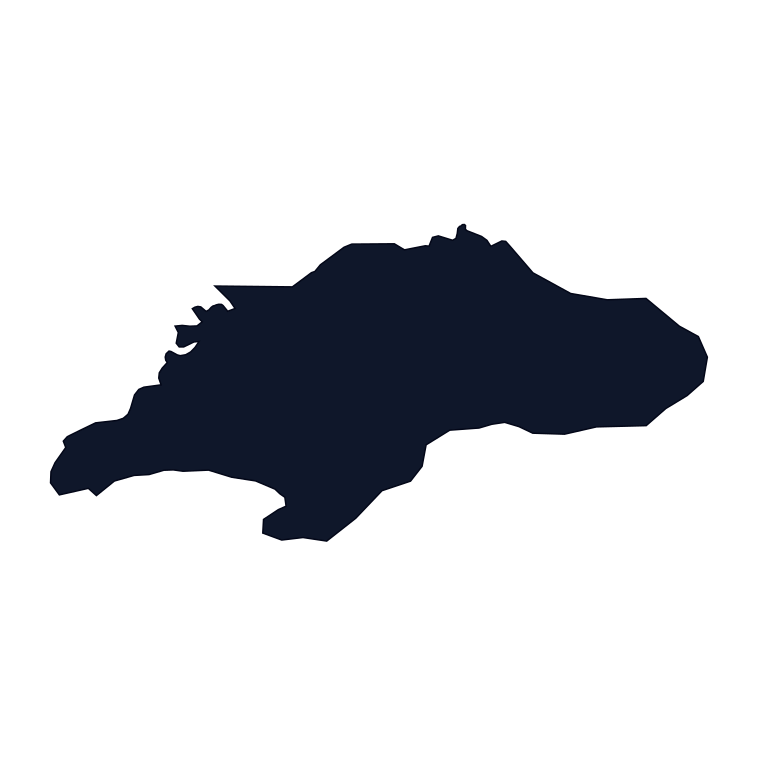 an SVG outline of Adiyaman, rotated 189°
{"feature_id": "TUR-2281", "entity_name": "Adiyaman", "entity_type": "Province", "adm_level": 1, "iso_a3": "TUR", "parent_name": "Turkey", "parent_adm1": "", "projection": "robinson", "projection_center": [38.577, 37.82], "detail": "fine", "context": "isolated", "style": "filled", "palette": "ink", "viewbox_px": 768, "rotation_deg": 189, "n_neighbors": 0, "source": "natural_earth", "source_scale": "10m", "svg_char_len": 1811}
<svg xmlns="http://www.w3.org/2000/svg" viewBox="0 0 768 768"><g transform="rotate(189 384 384)"><path d="M138.6,509.5L101.3,487.3L80.9,480.0L68.8,461.1L69.1,436.5L82.8,420.0L101.8,403.9L118.5,383.9L167.4,374.9L197.8,362.7L229.4,358.7L244.0,363.0L258.8,365.0L271.2,361.1L283.2,355.4L311.8,348.7L332.9,330.5L333.5,308.7L342.6,292.2L369.3,278.3L390.9,247.0L416.0,219.9L440.0,219.7L460.6,213.9L480.4,217.8L481.8,231.4L468.7,243.4L461.6,248.0L464.2,256.6L469.7,259.3L475.2,263.1L495.7,268.2L519.8,268.1L543.8,271.5L568.9,266.4L578.7,266.2L587.9,264.4L601.9,257.8L616.6,254.6L635.1,246.0L650.6,228.8L659.7,234.7L687.3,223.7L697.9,234.2L699.2,245.3L696.6,254.8L688.4,271.5L691.8,277.4L688.5,282.5L676.2,291.2L662.8,300.5L642.1,306.2L636.2,309.3L632.1,314.1L630.5,320.3L628.7,334.2L625.3,340.3L620.7,343.3L604.0,348.3L607.4,354.6L607.7,359.9L605.5,365.1L601.4,371.3L603.3,373.3L604.3,376.4L603.9,379.8L601.5,382.9L599.5,382.8L592.7,380.4L589.7,380.1L584.4,381.9L580.0,385.4L576.4,390.5L573.3,397.1L578.3,395.8L587.6,389.3L592.1,388.6L595.6,391.8L595.2,402.7L599.4,408.5L592.5,410.3L584.8,410.7L577.8,412.1L573.3,417.0L576.4,419.2L585.1,428.4L582.8,430.3L580.0,431.5L577.0,431.5L571.1,427.9L568.6,429.7L566.6,432.8L565.0,434.4L563.8,434.8L562.1,435.9L559.7,436.9L556.9,437.2L555.2,436.3L550.6,432.2L549.9,431.3L542.9,435.3L549.2,442.0L566.3,454.3L489.7,465.6L473.1,482.6L469.9,484.3L465.5,491.8L444.9,512.8L437.8,517.1L395.7,524.1L384.8,519.7L364.8,527.0L361.1,527.2L359.0,536.4L353.5,538.8L338.7,536.7L335.7,539.1L335.2,544.1L335.4,549.2L334.0,551.5L332.9,551.9L332.3,552.8L331.4,553.7L329.5,554.1L328.3,553.3L327.8,549.6L326.1,548.4L310.7,545.0L304.8,542.0L300.0,536.7L290.0,543.7L286.1,543.9L281.2,539.9L254.3,517.1L213.8,502.6L176.6,502.1L138.6,509.5Z" fill="#0f172a" stroke="#020617" stroke-width="1.5"/></g></svg>